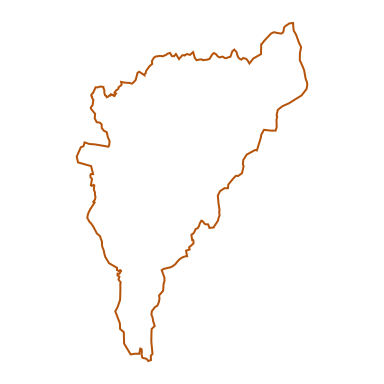 the district of Obafemi Owode, Ogun, Nigeria
{"feature_id": "59680162B74248263036628", "entity_name": "Obafemi Owode", "entity_type": "district", "adm_level": 2, "iso_a3": "NGA", "parent_name": "Nigeria", "parent_adm1": "Ogun", "projection": "equal_earth", "projection_center": [3.472, 6.959], "detail": "fine", "context": "isolated", "style": "outline", "palette": "amber", "viewbox_px": 384, "rotation_deg": 0, "n_neighbors": 0, "source": "geoboundaries", "source_scale": "gbopen_adm2", "svg_char_len": 4403}
<svg xmlns="http://www.w3.org/2000/svg" viewBox="0 0 384 384"><path d="M92.0,97.7L93.4,100.0L92.5,105.4L90.8,107.4L91.0,108.8L95.1,113.8L94.7,118.3L96.7,122.2L99.8,122.6L101.6,124.3L101.8,128.2L104.1,130.9L106.7,132.1L107.8,137.0L109.6,141.3L109.2,145.1L108.4,146.7L95.0,144.4L89.5,144.0L84.6,142.4L83.5,146.2L80.8,147.3L76.7,156.6L78.0,162.4L91.1,166.1L93.1,174.1L91.0,174.0L90.3,175.5L90.6,177.4L92.0,178.9L90.9,185.3L91.9,185.9L93.6,184.9L94.3,185.4L93.8,189.8L94.9,192.2L95.0,194.8L95.5,197.3L94.9,199.7L93.3,201.8L94.6,202.5L92.8,205.3L90.4,209.0L88.6,212.5L87.7,215.3L87.3,217.9L89.3,221.5L91.4,223.8L93.1,226.3L95.8,231.4L96.9,233.5L100.0,236.1L101.1,239.6L102.0,241.6L102.0,245.3L102.5,247.4L103.7,250.3L104.4,253.8L105.3,256.9L106.5,259.0L108.4,262.0L108.9,263.1L117.0,267.8L117.0,270.0L118.6,271.0L120.1,270.1L121.1,270.9L119.3,273.8L117.6,273.6L117.5,275.4L119.4,276.7L118.5,279.6L120.7,282.4L120.3,284.3L120.4,288.9L120.1,299.8L117.6,307.1L115.3,311.3L119.9,323.4L120.1,329.0L123.8,332.2L124.1,343.6L129.6,352.7L130.6,354.4L132.7,354.1L135.2,353.7L139.1,353.8L139.7,351.6L140.3,348.6L141.5,349.1L141.8,351.2L141.8,352.8L141.4,354.4L141.9,355.5L142.2,357.4L143.1,358.1L144.1,358.2L145.9,358.6L147.3,359.6L148.2,361.0L151.0,360.0L150.8,355.7L152.5,353.9L151.8,346.7L151.3,340.9L151.5,331.3L151.7,328.9L154.7,326.0L153.2,321.3L152.6,317.7L151.9,315.8L151.4,314.7L151.6,312.9L151.9,311.1L153.7,308.8L154.7,307.3L157.4,305.6L158.8,302.3L159.5,298.7L159.1,295.4L163.1,290.8L163.6,283.8L164.5,281.0L164.4,277.6L163.1,273.9L162.2,271.5L161.7,270.2L163.7,268.9L170.4,267.3L172.4,266.4L173.4,265.7L175.5,264.0L176.8,262.3L178.4,260.4L180.0,258.9L181.7,257.8L183.7,256.8L185.2,256.4L187.1,256.2L186.3,252.2L186.1,250.6L189.6,249.5L189.1,247.3L191.1,245.6L193.4,243.5L193.6,241.6L193.1,240.0L192.2,240.1L191.4,234.8L193.4,233.4L194.5,231.7L195.6,229.1L197.8,228.1L199.0,226.1L199.8,223.4L200.7,221.9L201.3,220.7L202.7,221.2L204.2,223.3L205.2,224.2L206.0,224.3L208.2,224.4L209.4,227.9L213.7,227.5L214.1,226.5L216.1,223.5L217.9,220.8L218.8,217.3L219.6,215.3L219.2,212.6L219.5,209.7L218.5,203.3L217.8,195.6L220.1,191.1L224.5,188.2L227.9,188.2L228.3,184.6L231.2,181.0L234.0,177.7L235.9,175.8L238.1,176.0L242.0,173.2L243.6,166.2L242.9,164.1L243.2,160.6L243.2,160.1L246.7,154.6L255.1,150.0L256.9,150.4L260.8,137.8L261.2,134.8L264.0,129.8L270.5,130.6L275.6,130.6L276.7,127.2L276.5,119.7L277.2,116.4L276.6,115.3L277.0,113.4L277.6,110.8L277.8,109.9L281.5,106.9L282.7,106.1L288.9,103.3L301.6,95.4L306.6,88.9L307.3,84.6L306.7,81.4L306.3,80.3L306.2,80.2L305.6,78.5L305.3,76.8L304.1,70.1L302.1,65.2L299.8,60.2L299.9,53.4L301.1,47.1L298.8,42.3L296.1,34.7L293.7,30.6L293.2,25.6L293.1,23.0L289.4,23.4L285.2,26.2L284.1,27.5L283.4,31.7L282.5,32.9L281.1,33.6L277.5,33.0L274.0,32.2L271.1,33.5L264.5,40.5L261.8,44.0L261.2,44.3L261.0,54.1L253.3,58.5L249.4,63.5L247.7,60.6L246.3,58.9L243.2,58.0L241.4,59.6L240.3,59.2L238.4,57.6L237.1,54.6L236.6,52.2L234.3,49.6L232.3,51.3L230.4,56.8L228.5,57.2L226.5,58.1L225.0,58.1L222.5,56.6L219.7,57.4L218.6,56.9L217.4,56.0L216.2,54.4L214.1,53.1L213.4,53.2L211.6,55.4L209.5,59.0L206.8,59.7L204.9,59.9L202.9,60.2L201.8,59.4L199.8,59.5L196.6,60.2L194.9,58.1L193.7,54.1L193.1,52.1L190.0,54.9L187.0,54.0L184.5,55.5L184.1,55.1L182.2,55.4L179.0,59.1L175.9,54.0L174.1,56.2L171.9,56.1L170.0,52.9L169.7,53.0L168.3,53.5L167.5,53.7L165.8,55.1L164.6,55.4L162.8,56.4L161.6,56.0L159.1,56.0L158.1,56.2L155.8,56.5L154.1,57.5L153.1,59.0L151.9,61.1L152.2,63.9L149.3,66.4L148.3,67.9L146.3,70.6L145.4,73.7L144.3,74.3L144.4,75.2L139.3,71.8L138.6,72.1L137.5,72.9L135.7,79.9L133.7,82.2L132.1,83.6L131.6,83.6L130.7,83.3L129.5,82.9L127.3,82.8L126.7,82.8L124.0,82.5L122.4,82.2L121.1,81.9L121.2,82.4L121.5,83.4L121.5,83.9L121.6,84.6L121.5,84.9L120.5,85.8L119.2,86.8L118.5,87.3L118.6,87.8L118.3,88.8L118.0,89.2L117.7,89.4L117.2,89.7L116.2,90.3L115.4,91.3L114.6,92.5L115.2,93.2L116.0,93.5L115.6,94.0L115.1,94.9L114.8,95.6L114.5,96.0L114.2,96.1L113.5,94.7L113.3,94.6L112.7,94.9L112.2,95.2L111.8,94.8L111.3,94.6L111.2,94.5L110.6,95.0L110.4,95.2L110.3,94.8L110.1,95.0L109.4,95.5L108.5,96.2L107.8,96.8L107.2,96.9L106.8,97.2L106.0,95.8L105.4,95.5L105.1,95.3L104.7,94.3L104.3,92.3L104.3,91.5L104.3,90.7L104.3,90.1L104.0,89.1L103.6,88.6L103.4,88.0L103.4,87.5L103.4,87.0L100.5,86.5L99.0,86.9L97.7,87.4L95.6,87.3L93.0,93.1L92.1,93.6L91.3,95.0L91.3,95.9L91.9,96.4L92.0,97.7Z" fill="none" stroke="#b45309" stroke-width="2"/></svg>